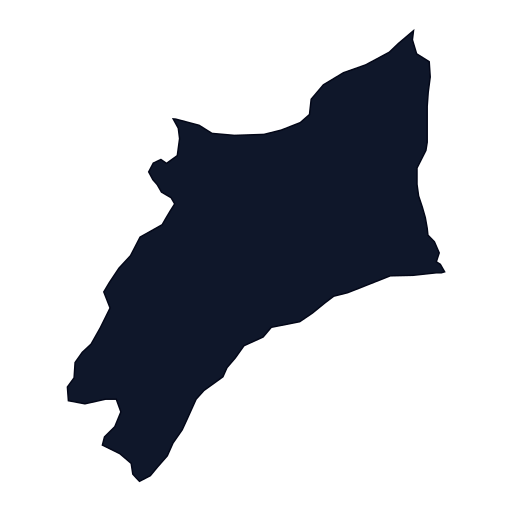 outline of Softades, Larnaca, Cyprus
{"feature_id": "46923920B50820713995744", "entity_name": "Softades", "entity_type": "district", "adm_level": 2, "iso_a3": "CYP", "parent_name": "Cyprus", "parent_adm1": "Larnaca", "projection": "robinson", "projection_center": [33.542, 34.822], "detail": "fine", "context": "isolated", "style": "filled", "palette": "ink", "viewbox_px": 512, "rotation_deg": 0, "n_neighbors": 0, "source": "geoboundaries", "source_scale": "gbopen_adm2", "svg_char_len": 1349}
<svg xmlns="http://www.w3.org/2000/svg" viewBox="0 0 512 512"><path d="M173.2,118.9L178.3,128.2L179.6,138.6L177.3,155.6L166.5,163.4L160.9,159.5L153.3,163.1L148.7,171.9L152.9,179.7L157.2,184.6L161.5,192.1L171.1,197.7L174.7,203.9L170.4,210.7L165.5,218.9L162.2,224.7L140.1,237.1L130.5,255.7L119.0,268.1L109.4,282.5L103.8,291.9L110.1,308.0L100.3,327.8L91.1,344.1L82.3,352.3L75.1,362.5L74.1,377.8L67.4,387.0L68.4,400.7L84.9,403.8L105.5,399.2L116.3,399.2L120.9,411.9L114.8,426.7L104.5,436.9L102.4,445.1L119.9,453.7L131.2,463.4L132.8,474.1L136.6,478.3L139.5,481.3L150.3,475.7L157.5,467.0L167.3,455.8L173.0,443.0L182.2,429.8L186.9,419.6L196.1,399.2L203.9,390.5L222.9,376.8L227.0,367.6L235.3,357.9L244.0,345.7L263.1,337.0L271.3,327.3L299.7,321.7L312.5,313.0L324.9,302.9L333.7,296.2L347.6,292.7L364.6,286.0L390.3,275.8L413.0,275.3L436.2,272.8L441.3,272.8L444.6,271.8L440.3,264.3L436.3,261.8L439.2,252.9L434.4,241.8L427.9,235.1L427.2,228.4L425.3,217.6L422.3,207.1L418.6,196.0L417.0,184.3L417.0,168.0L425.9,150.4L427.2,142.2L427.2,120.4L427.2,106.3L428.2,92.3L430.2,77.0L429.2,61.7L416.6,53.8L412.4,39.8L413.5,30.7L398.5,43.4L389.3,52.2L365.6,64.9L343.5,72.7L323.4,84.8L311.2,99.2L309.5,114.5L300.3,122.6L281.2,130.1L264.0,134.4L234.4,135.4L230.1,135.0L212.0,133.4L199.1,125.3L175.7,119.1L173.2,118.9Z" fill="#0f172a" stroke="#020617" stroke-width="1.5"/></svg>